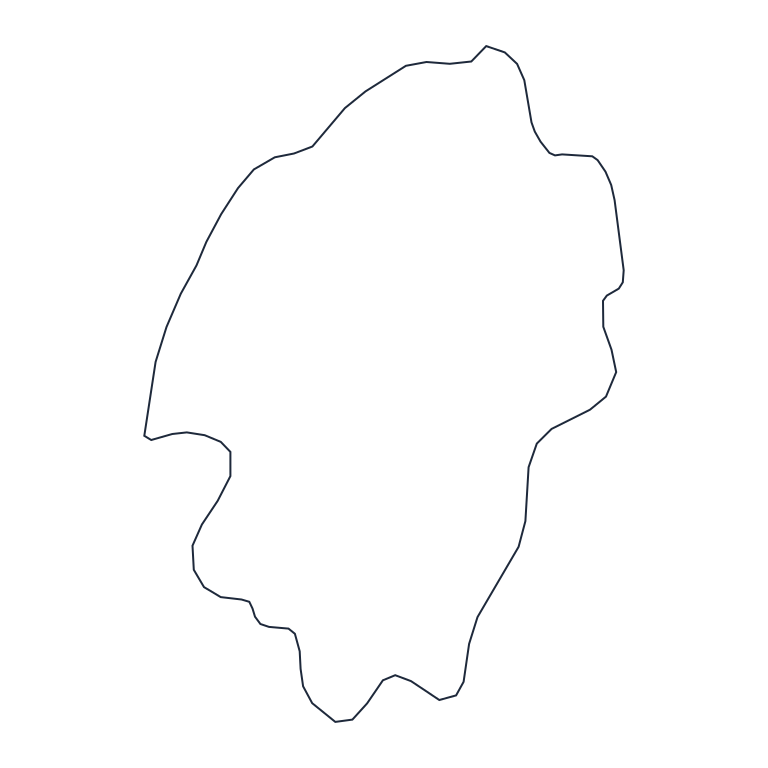 the Province of Abra
{"feature_id": "PHL-2542", "entity_name": "Abra", "entity_type": "Province", "adm_level": 1, "iso_a3": "PHL", "parent_name": "Philippines", "parent_adm1": "", "projection": "robinson", "projection_center": [120.806, 17.561], "detail": "fine", "context": "isolated", "style": "outline", "palette": "slate", "viewbox_px": 768, "rotation_deg": 0, "n_neighbors": 0, "source": "natural_earth", "source_scale": "10m", "svg_char_len": 1137}
<svg xmlns="http://www.w3.org/2000/svg" viewBox="0 0 768 768"><path d="M449.8,63.8L471.3,61.5L486.2,46.1L504.8,52.4L517.1,63.9L524.3,80.2L531.5,122.4L534.8,131.6L540.5,141.6L549.4,152.9L555.0,155.4L562.1,154.4L592.3,156.3L597.6,160.1L605.5,171.7L611.2,185.0L614.6,200.2L623.7,270.3L622.8,282.3L618.8,288.6L606.8,295.6L603.0,300.8L603.3,326.8L611.5,349.7L616.2,372.1L606.0,396.6L590.0,409.7L551.6,428.9L536.8,443.6L528.6,467.2L525.4,521.1L518.6,546.8L477.5,617.1L469.1,643.9L463.6,681.8L456.1,695.4L439.3,700.0L411.0,681.1L395.2,675.2L382.9,680.3L367.1,703.4L352.4,719.6L335.3,721.9L312.2,703.2L303.1,686.3L300.6,668.9L299.7,651.3L294.9,633.8L288.5,628.6L269.0,626.9L260.4,624.0L255.0,616.7L252.5,608.5L249.3,601.8L241.5,599.5L220.7,597.1L204.0,587.1L193.8,569.8L192.5,545.7L201.9,524.5L217.7,500.8L230.4,476.1L230.4,451.9L220.8,441.9L204.7,435.2L186.8,432.4L172.3,434.0L151.2,440.0L144.3,435.8L155.6,361.9L166.5,327.0L180.8,293.7L196.5,265.4L206.4,241.8L221.2,214.1L238.0,188.1L253.9,169.4L274.8,157.3L294.0,153.5L312.4,146.5L344.9,108.1L365.5,91.4L405.9,65.8L426.5,62.0L449.8,63.8Z" fill="none" stroke="#1e293b" stroke-width="2"/></svg>